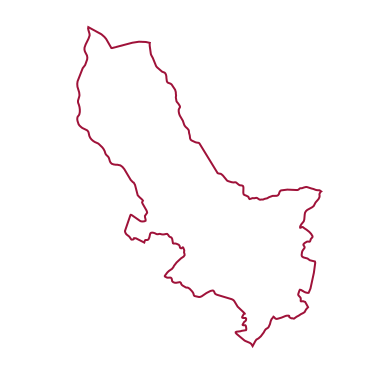 the Province of Mashonaland East, rotated 284°
{"feature_id": "ZWE-528", "entity_name": "Mashonaland East", "entity_type": "Province", "adm_level": 1, "iso_a3": "ZWE", "parent_name": "Zimbabwe", "parent_adm1": "", "projection": "orthographic", "projection_center": [31.478, -17.977], "detail": "fine", "context": "isolated", "style": "outline", "palette": "rose", "viewbox_px": 384, "rotation_deg": 284, "n_neighbors": 0, "source": "natural_earth", "source_scale": "10m", "svg_char_len": 6004}
<svg xmlns="http://www.w3.org/2000/svg" viewBox="0 0 384 384"><g transform="rotate(284 192 192)"><path d="M302.2,54.3L303.1,53.7L304.5,53.1L306.2,52.8L309.4,53.1L315.8,54.5L319.1,54.8L320.7,54.3L323.9,52.4L325.6,51.6L326.9,51.5L323.1,66.0L321.3,69.5L319.7,71.7L312.2,78.9L312.3,79.6L322.4,98.0L325.0,104.2L326.4,111.0L326.5,115.0L325.8,115.0L323.6,115.6L315.9,118.7L314.9,119.4L312.5,121.6L305.5,126.7L304.6,127.8L301.5,133.9L301.2,136.5L300.6,137.5L299.3,138.5L297.8,139.2L296.7,139.5L293.4,140.8L292.8,141.3L292.4,141.8L292.2,142.4L291.9,145.0L291.4,146.2L287.1,150.9L285.0,152.1L283.3,152.6L281.8,153.2L279.9,153.4L276.3,155.0L275.7,155.6L274.4,157.4L272.8,159.1L271.9,159.7L271.1,159.8L270.0,159.4L268.7,159.2L267.8,159.4L266.7,159.7L264.8,160.6L263.2,161.7L258.9,165.9L255.6,168.0L254.7,168.7L253.6,170.1L252.6,172.0L251.8,173.1L251.3,173.7L250.7,174.1L248.5,174.9L246.4,176.1L243.5,177.2L242.4,178.1L241.9,179.2L241.1,183.3L241.1,184.7L241.3,186.5L241.2,187.0L240.8,187.6L216.5,212.3L216.4,213.6L216.6,215.5L216.2,216.6L215.4,218.1L211.6,223.2L211.4,223.9L211.3,224.5L211.1,228.1L211.3,230.0L211.9,231.5L211.9,232.5L210.4,235.6L210.1,236.7L210.4,238.8L210.2,239.9L209.5,240.5L208.5,240.9L203.9,241.9L202.9,242.3L202.1,242.8L201.8,243.7L201.5,245.8L201.0,247.8L199.7,248.8L199.1,249.5L199.5,250.4L200.7,252.2L201.0,253.9L201.9,255.8L201.9,256.7L201.0,259.2L201.0,260.0L201.5,261.1L201.9,262.8L202.9,264.1L204.1,266.5L205.6,268.0L207.7,271.1L208.8,275.1L209.4,276.0L209.8,276.3L210.9,276.8L212.8,276.9L214.0,277.2L214.9,277.8L215.2,278.3L217.4,284.0L219.3,293.4L219.5,294.0L220.1,294.8L221.5,295.7L221.8,296.2L222.3,297.8L223.5,299.6L224.5,301.5L224.6,302.6L224.3,307.1L224.3,309.1L224.0,311.3L224.0,312.7L224.5,315.4L223.8,317.2L223.2,316.7L221.4,316.2L220.6,316.2L218.9,316.8L217.8,316.9L215.8,316.5L211.7,314.4L207.9,313.5L206.3,312.3L202.5,308.2L201.0,307.2L199.3,306.7L197.5,306.8L192.5,307.6L190.5,307.5L187.1,305.9L184.9,305.3L183.9,305.4L183.5,305.7L183.7,306.1L184.4,307.0L184.8,307.9L184.6,308.4L183.9,310.0L183.1,312.3L181.7,315.4L180.8,316.8L180.2,317.7L178.3,319.6L177.6,319.8L177.0,319.7L176.0,319.1L174.8,318.6L173.6,318.6L172.9,318.5L172.3,318.2L172.1,317.7L172.0,316.5L171.6,315.5L169.7,313.6L168.2,312.8L167.6,312.9L167.2,313.2L166.4,314.1L165.8,314.6L165.1,314.7L164.6,314.6L162.5,313.7L161.5,313.4L160.2,313.3L157.4,313.6L156.4,314.1L155.9,314.7L155.8,315.2L155.5,315.8L155.4,320.2L154.3,322.8L154.3,328.1L153.1,328.7L143.1,329.8L127.0,330.3L122.5,329.6L122.2,329.1L122.1,328.5L122.0,327.2L122.1,325.9L122.4,324.6L122.8,323.5L122.7,323.1L123.1,322.5L123.3,321.7L123.3,320.4L122.6,320.1L119.0,319.8L118.0,319.9L117.3,320.5L116.2,322.2L115.5,323.0L114.6,323.4L112.6,323.8L112.3,324.2L112.5,325.1L112.9,326.1L112.7,328.4L108.3,332.5L105.7,331.1L102.7,330.3L101.4,329.1L99.8,327.2L97.8,325.4L96.3,323.7L93.8,321.6L93.7,321.1L93.8,320.2L93.5,319.1L93.6,318.4L94.1,316.8L94.4,316.5L95.3,316.2L95.4,315.8L95.3,315.2L94.8,313.6L94.3,312.7L91.8,309.3L89.7,305.7L89.3,304.7L89.3,304.0L89.4,303.5L90.5,301.8L90.7,301.2L90.0,301.0L87.7,299.9L85.5,299.6L82.7,299.6L79.5,299.0L78.8,298.7L76.6,296.7L75.1,296.1L73.1,295.6L68.6,293.7L66.0,291.9L64.4,290.2L62.6,289.5L57.1,288.1L58.9,286.3L59.6,284.6L60.4,279.6L60.7,278.7L65.1,269.6L65.9,268.5L66.5,268.3L66.9,268.6L67.2,269.0L68.6,272.7L69.3,273.8L71.0,277.8L71.5,277.9L72.3,277.8L74.4,277.0L75.2,276.5L75.6,276.0L75.1,274.0L75.2,273.4L75.6,273.2L78.4,274.0L79.7,275.0L80.3,275.3L81.0,275.4L82.1,275.2L82.7,274.5L82.2,272.4L82.1,271.8L82.3,271.1L82.8,270.9L83.3,271.0L85.7,271.6L86.0,271.7L86.7,272.6L87.2,272.1L91.8,264.0L96.2,259.6L96.9,258.7L97.3,257.8L97.6,256.5L98.3,241.5L98.4,240.6L98.7,239.4L99.2,238.7L100.9,237.4L101.3,236.7L101.5,236.1L100.8,234.5L100.3,233.7L97.5,230.5L93.1,226.6L92.2,225.3L91.8,224.2L91.7,220.6L91.7,219.6L92.0,219.1L92.4,218.7L93.9,217.9L94.7,217.2L95.7,216.0L97.5,213.2L98.0,211.8L98.2,210.9L97.9,209.8L97.9,209.1L98.9,205.7L99.3,204.8L99.8,204.1L101.2,203.1L101.5,202.5L101.6,202.0L100.0,198.4L99.8,196.9L100.0,195.5L100.6,194.4L102.9,193.3L103.4,192.8L103.7,192.2L103.7,191.6L103.0,189.3L102.9,188.4L103.2,187.0L103.5,186.1L103.9,185.9L104.3,186.0L107.9,187.5L109.8,188.7L112.6,191.2L114.6,192.1L116.0,192.4L119.9,194.1L125.0,197.4L127.3,199.5L128.3,199.9L128.9,200.1L129.3,200.0L130.1,199.7L131.4,198.9L133.5,198.6L134.0,198.3L135.8,197.0L136.1,196.5L136.0,196.3L135.1,195.6L134.7,195.1L134.8,194.6L135.1,193.8L136.6,193.1L137.6,191.9L138.0,189.6L138.0,188.4L137.5,186.5L137.7,185.9L141.5,184.2L142.3,183.6L142.9,182.9L143.0,181.8L143.2,181.1L143.6,180.3L144.6,179.3L145.0,178.6L145.3,178.1L145.1,177.2L144.1,175.1L143.8,174.2L143.6,173.1L143.6,171.2L143.5,170.5L142.8,169.2L142.6,168.4L142.6,167.7L143.0,165.9L143.1,164.6L143.0,163.4L142.6,162.3L142.1,161.8L141.1,161.5L137.7,161.6L135.8,161.3L135.1,160.9L134.6,160.2L134.2,158.6L133.9,158.2L133.4,158.0L131.4,157.9L133.5,148.8L133.2,147.0L132.5,147.0L131.8,146.5L131.2,145.1L131.3,144.5L133.5,142.0L135.1,138.5L136.5,137.1L137.9,136.4L154.2,137.8L155.0,138.0L155.1,138.7L154.9,139.4L151.4,148.6L151.2,149.7L151.4,150.9L151.7,152.0L152.2,153.1L152.9,153.9L153.9,153.7L156.2,152.5L157.4,152.1L161.0,153.5L162.1,153.0L163.2,152.2L168.7,146.9L169.8,146.1L170.4,146.1L171.7,146.5L172.4,145.7L173.0,144.7L174.1,142.6L175.7,140.1L185.1,135.0L187.0,133.2L187.2,132.3L188.9,129.6L197.8,120.8L199.5,118.5L200.5,116.1L200.4,113.1L200.0,111.3L199.8,109.3L200.0,107.3L200.9,105.8L202.1,104.8L204.7,103.3L205.9,102.2L207.3,99.8L207.9,99.1L208.5,98.6L210.5,97.4L212.2,95.9L213.6,94.2L215.9,90.2L216.4,89.1L217.0,85.6L217.7,83.6L218.7,81.7L220.0,80.1L221.6,78.8L225.0,77.1L225.9,76.2L226.5,75.2L227.6,70.0L228.4,68.3L229.3,66.7L230.4,65.5L233.3,63.7L235.0,63.0L236.6,62.8L237.5,62.9L239.2,63.7L240.2,63.9L242.4,63.8L244.9,63.2L247.2,62.3L249.2,61.2L250.9,60.0L251.8,59.6L253.0,59.3L257.3,59.5L258.7,59.4L261.4,58.4L266.4,55.4L269.1,54.5L271.7,54.2L285.7,56.0L289.3,57.6L295.3,58.2L297.2,57.9L299.0,57.1L302.2,54.3Z" fill="none" stroke="#9f1239" stroke-width="2"/></g></svg>